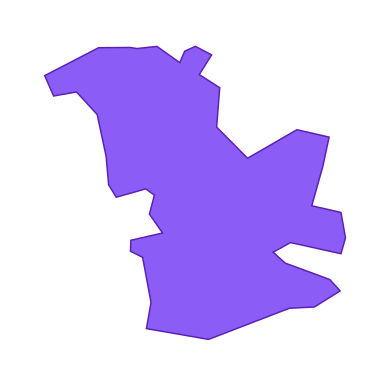 Shakhrixan, Andijon, Uzbekistan (Natural Earth projection), rotated 5°
{"feature_id": "79887680B98657239808063", "entity_name": "Shakhrixan", "entity_type": "district", "adm_level": 2, "iso_a3": "UZB", "parent_name": "Uzbekistan", "parent_adm1": "Andijon", "projection": "natural_earth1", "projection_center": [72.04, 40.728], "detail": "fine", "context": "isolated", "style": "filled", "palette": "violet", "viewbox_px": 384, "rotation_deg": 5, "n_neighbors": 0, "source": "geoboundaries", "source_scale": "gbopen_adm2", "svg_char_len": 681}
<svg xmlns="http://www.w3.org/2000/svg" viewBox="0 0 384 384"><g transform="rotate(5 192 192)"><path d="M221.3,337.4L299.2,299.3L323.9,295.9L348.2,277.6L336.9,267.2L291.0,254.7L278.1,244.9L294.5,233.8L345.8,240.5L348.9,224.3L342.2,199.4L312.5,195.3L320.1,155.1L323.8,125.4L291.1,120.8L244.4,153.5L210.9,125.2L210.5,85.7L189.0,74.4L199.6,53.7L182.7,46.6L172.5,52.3L168.5,64.2L144.4,50.0L124.6,53.9L117.8,53.4L86.4,56.4L35.1,88.9L45.8,108.4L68.2,102.4L90.8,123.1L103.4,164.2L108.3,192.1L117.0,203.8L145.6,192.9L154.8,198.4L151.5,217.7L166.2,235.4L135.3,245.4L135.9,256.4L148.5,261.4L160.8,305.6L158.5,332.1L221.3,337.4Z" fill="#8b5cf6" stroke="#5b21b6" stroke-width="1.5"/></g></svg>